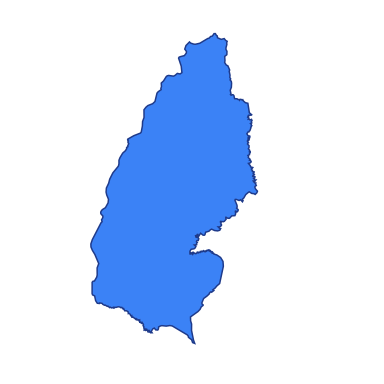 the district of Na Chaluai, Ubon Ratchathani, Thailand, rotated 214°
{"feature_id": "78962969B92270071826227", "entity_name": "Na Chaluai", "entity_type": "district", "adm_level": 2, "iso_a3": "THA", "parent_name": "Thailand", "parent_adm1": "Ubon Ratchathani", "projection": "albers", "projection_center": [105.182, 14.552], "detail": "fine", "context": "isolated", "style": "filled", "palette": "blue", "viewbox_px": 384, "rotation_deg": 214, "n_neighbors": 0, "source": "geoboundaries", "source_scale": "gbopen_adm2", "svg_char_len": 6050}
<svg xmlns="http://www.w3.org/2000/svg" viewBox="0 0 384 384"><g transform="rotate(214 192 192)"><path d="M224.3,61.3L218.0,51.9L216.9,51.1L214.6,51.4L211.1,48.0L208.3,46.8L206.4,47.8L206.5,48.4L204.2,49.4L203.2,49.0L201.2,49.2L200.7,49.7L198.3,49.8L197.9,50.4L195.6,50.1L195.3,50.8L193.9,50.9L193.5,51.6L192.4,51.8L192.5,52.4L191.8,52.4L192.0,52.9L190.4,53.9L189.0,55.6L187.6,56.3L186.2,56.3L185.7,57.1L183.7,56.5L183.5,57.1L181.4,55.9L179.9,56.9L178.0,57.0L177.3,56.1L176.6,56.1L176.6,55.7L176.0,56.1L174.6,56.0L173.8,55.2L173.0,55.2L172.8,55.7L172.1,54.8L171.9,55.2L171.3,54.9L170.8,55.3L168.4,55.1L167.9,55.6L167.4,55.0L166.8,55.8L166.0,55.1L164.8,56.2L164.1,55.7L163.8,56.5L162.5,54.8L161.7,55.5L161.3,55.0L160.6,55.0L160.3,55.7L159.9,55.1L159.2,55.5L157.9,54.7L157.8,53.8L156.6,53.4L155.8,52.2L154.9,51.9L154.0,52.2L154.7,51.2L154.4,50.7L153.3,52.0L153.3,51.4L152.9,51.3L152.5,51.9L152.8,52.4L152.2,52.2L151.7,52.5L151.0,51.9L150.8,52.8L150.3,53.1L150.3,52.4L149.3,52.7L149.0,52.6L149.2,52.0L148.5,52.4L147.7,52.1L146.4,53.0L147.9,53.6L147.9,56.9L147.1,58.1L145.0,57.4L143.2,58.4L143.2,59.5L144.2,61.5L143.2,63.4L142.2,64.4L138.4,66.4L135.7,68.9L133.5,69.9L116.0,70.9L114.7,70.5L113.6,69.5L109.7,69.3L107.3,67.5L105.1,68.0L108.0,70.1L115.0,77.0L118.5,82.3L121.1,84.4L123.4,87.6L120.2,96.2L119.7,99.3L120.1,101.9L119.4,104.2L119.8,104.7L120.7,104.6L121.8,105.5L122.8,110.2L121.3,114.4L120.7,117.3L121.0,117.7L120.8,119.3L120.3,119.9L119.7,119.9L118.8,122.5L120.0,122.6L119.1,125.4L118.9,127.8L117.9,131.6L124.5,148.0L127.5,151.8L131.7,153.7L136.2,153.7L139.1,152.8L139.5,153.2L140.5,152.8L140.7,153.2L141.2,152.7L141.5,153.2L142.4,153.2L142.3,153.6L143.2,153.2L143.9,153.6L144.2,153.4L143.8,152.9L145.1,152.9L145.2,153.6L146.2,153.1L146.1,152.3L147.0,152.0L147.0,151.1L147.4,151.2L147.7,150.8L147.6,149.9L148.0,149.7L148.5,150.0L148.8,149.5L149.7,149.7L149.8,149.0L150.9,148.3L150.6,147.9L151.4,147.8L151.4,146.7L151.8,146.8L151.7,146.3L152.1,146.0L153.4,145.5L153.0,145.0L154.0,144.7L153.8,144.2L154.3,143.0L156.1,142.7L156.1,142.3L157.5,142.7L157.9,141.8L156.8,141.4L156.6,140.7L157.9,141.1L158.0,140.6L158.8,140.9L158.8,139.6L159.1,139.5L160.6,141.7L160.7,144.0L158.5,146.1L158.1,147.5L158.4,149.2L160.4,149.4L158.7,151.0L159.6,152.1L159.4,153.1L160.5,153.3L160.8,153.9L160.6,154.8L159.7,155.3L160.2,157.1L161.3,157.5L163.5,156.8L164.6,157.8L163.7,158.5L163.9,159.8L163.4,160.1L163.0,159.8L162.9,158.1L162.2,157.9L161.7,158.5L161.8,162.6L158.6,162.4L157.6,163.1L157.4,163.8L158.2,166.3L156.0,169.0L155.6,171.1L154.9,172.2L151.7,172.7L149.0,174.1L147.6,175.8L147.8,177.7L148.9,177.3L150.8,177.7L149.6,178.6L149.0,179.8L149.0,181.0L149.3,181.4L150.2,181.6L150.7,182.8L151.7,183.0L151.9,183.6L149.4,184.9L148.8,185.8L148.5,188.5L149.6,189.4L149.7,190.1L147.9,190.2L146.5,190.9L146.1,191.6L145.7,194.4L143.2,196.4L143.6,198.3L145.3,200.3L145.1,200.7L143.6,200.5L143.3,202.2L143.9,203.2L146.0,203.5L146.1,204.7L147.3,206.2L151.8,209.2L152.0,210.0L151.2,210.6L148.2,211.3L147.4,212.7L144.7,212.1L144.9,213.5L145.9,213.8L146.2,214.3L145.7,216.0L146.0,219.9L145.0,223.5L144.5,224.2L141.8,224.2L139.5,225.3L138.3,225.3L137.8,227.6L138.2,229.3L140.9,230.0L142.6,231.1L142.9,231.9L142.3,233.3L144.1,234.4L144.1,235.1L145.1,234.7L145.9,235.4L146.6,234.9L147.4,235.4L145.8,236.5L145.8,237.6L146.2,237.2L148.4,237.6L147.8,238.7L148.4,239.9L149.9,239.5L149.9,238.9L150.6,239.1L150.6,239.8L150.2,240.1L150.7,240.6L150.2,241.3L151.9,241.8L151.9,242.5L151.4,242.4L151.7,243.4L153.5,242.9L154.1,243.9L155.0,243.7L155.5,244.2L155.8,244.8L155.3,245.4L155.3,246.3L157.4,245.6L158.3,246.4L161.2,247.3L160.1,248.5L159.8,250.1L161.4,251.1L162.1,250.5L162.5,251.7L164.6,252.0L165.1,253.2L166.1,253.6L165.2,255.1L166.0,256.3L165.7,256.9L166.0,257.7L166.3,258.0L167.0,257.6L167.5,258.8L169.4,259.3L169.6,260.7L170.6,262.3L172.8,262.8L173.1,263.6L172.7,264.4L174.3,265.0L173.8,267.2L174.3,267.4L174.1,266.4L174.7,266.1L174.8,267.6L175.3,267.6L175.9,268.6L175.5,269.1L174.5,268.9L174.8,270.1L175.4,270.7L177.1,270.0L179.1,271.0L179.1,273.2L178.4,273.7L178.6,274.6L178.3,275.2L179.1,278.3L179.5,278.5L179.5,280.4L180.1,280.4L180.7,281.3L181.8,281.5L181.1,282.7L182.2,283.6L182.2,284.8L183.3,285.5L184.2,284.2L185.6,284.3L186.0,283.9L186.1,284.9L187.4,285.1L187.0,285.9L187.4,286.3L187.9,286.1L188.1,287.2L185.8,288.9L185.7,289.4L188.8,289.8L195.3,296.8L197.7,295.9L200.2,296.2L201.5,296.9L201.7,296.3L203.2,296.2L204.0,295.6L203.9,294.6L204.8,294.9L206.0,294.3L206.7,294.5L208.9,293.2L211.2,295.4L212.2,295.6L213.0,295.2L213.7,294.1L214.7,294.4L214.7,295.3L217.2,297.7L217.9,300.8L220.0,304.3L221.3,305.7L223.1,306.2L223.2,307.4L224.7,308.1L225.8,310.1L228.6,312.8L229.0,314.2L232.9,316.7L234.5,316.4L237.3,317.6L238.1,319.3L240.7,322.7L239.9,325.3L241.7,328.2L243.6,329.2L244.5,330.6L245.6,333.8L246.7,335.1L247.1,336.6L248.9,336.5L251.1,337.2L253.1,334.9L256.7,334.2L257.2,334.2L258.3,335.5L259.4,335.5L261.2,336.4L262.3,335.6L262.3,332.7L263.6,331.2L263.7,329.4L264.8,328.0L268.7,319.7L271.8,316.4L273.2,315.6L276.4,314.7L278.0,315.0L278.9,310.1L277.9,306.4L275.2,305.4L274.4,304.0L274.6,300.8L277.5,297.5L278.1,296.5L278.0,295.5L271.3,290.3L267.1,285.3L267.9,283.2L270.5,282.1L271.2,279.4L272.1,277.7L276.5,275.6L277.5,274.5L277.9,273.3L277.7,268.2L278.4,265.1L276.3,262.4L275.7,260.4L274.8,259.6L276.1,256.3L276.3,254.4L273.3,246.3L274.0,243.2L276.9,239.0L277.6,236.5L277.8,233.3L273.4,226.9L272.4,222.8L270.0,218.9L267.6,213.3L267.7,212.0L271.7,206.2L274.8,200.0L274.6,199.4L273.8,199.3L273.8,198.5L272.8,197.9L272.7,197.2L271.5,196.7L271.1,194.4L270.5,193.7L271.1,192.4L270.4,191.4L270.3,189.0L271.2,185.5L270.9,180.1L270.3,177.5L268.3,174.5L267.5,172.3L268.3,163.6L267.4,156.6L266.0,152.7L265.2,147.4L263.2,143.9L261.1,141.9L257.2,139.3L255.5,136.1L255.0,130.6L256.5,127.2L256.6,125.1L256.3,124.1L255.4,123.0L252.4,122.2L251.6,120.8L251.4,118.3L249.9,117.1L250.2,115.6L248.0,96.8L246.8,92.4L245.0,89.9L241.9,87.9L237.6,85.9L229.3,80.5L228.2,76.0L224.2,70.2L223.4,68.2L223.1,63.7L224.2,62.6L224.3,61.3Z" fill="#3b82f6" stroke="#1e3a8a" stroke-width="1.5"/></g></svg>